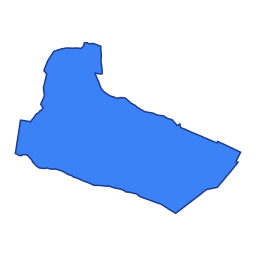 the district of Sanislau, Satu Mare, Romania
{"feature_id": "2599482B43386440731502", "entity_name": "Sanislau", "entity_type": "district", "adm_level": 2, "iso_a3": "ROU", "parent_name": "Romania", "parent_adm1": "Satu Mare", "projection": "mercator", "projection_center": [22.273, 47.65], "detail": "fine", "context": "isolated", "style": "filled", "palette": "blue", "viewbox_px": 256, "rotation_deg": 0, "n_neighbors": 0, "source": "geoboundaries", "source_scale": "gbopen_adm2", "svg_char_len": 5625}
<svg xmlns="http://www.w3.org/2000/svg" viewBox="0 0 256 256"><path d="M238.0,162.3L237.8,162.3L235.8,161.8L239.2,155.0L240.6,152.2L239.2,151.6L236.8,150.4L232.0,148.1L230.3,147.2L230.1,147.2L228.7,146.6L226.6,145.6L225.3,144.9L224.0,144.3L223.9,144.3L220.2,142.6L217.6,141.4L217.1,142.8L215.3,142.3L212.5,141.1L208.3,139.4L207.3,138.8L206.9,138.7L204.5,137.7L201.6,136.4L200.0,135.7L191.4,132.2L189.8,131.4L187.6,130.4L186.4,129.8L184.9,129.2L181.5,127.9L181.1,127.7L180.7,127.7L180.4,126.5L179.8,123.9L178.3,124.9L178.2,125.1L177.7,125.3L177.0,125.6L175.7,123.7L175.2,123.3L173.9,121.8L173.1,120.9L172.4,120.1L172.2,120.0L172.0,119.8L171.7,119.6L171.4,119.5L171.1,119.4L170.5,119.2L169.0,118.9L168.4,118.7L167.5,118.4L167.4,118.3L166.4,117.8L165.9,117.5L165.5,117.4L165.3,117.1L165.1,117.0L164.7,116.5L164.5,116.3L164.3,116.2L163.9,116.0L163.5,115.9L163.2,115.9L162.2,115.7L161.6,115.6L160.6,115.5L159.5,115.4L158.6,115.3L157.6,115.1L156.5,114.7L155.4,114.3L154.2,113.6L153.2,113.2L151.6,112.9L150.7,112.7L149.0,112.4L146.8,112.1L145.5,111.8L144.8,111.6L143.8,111.1L143.2,110.8L141.8,110.1L138.0,107.8L137.1,107.2L136.6,106.7L135.3,105.5L133.9,104.7L132.2,103.8L130.8,103.0L130.8,102.9L130.4,102.6L130.0,102.3L129.4,101.7L128.1,100.4L127.7,100.2L127.1,99.6L126.5,98.9L126.2,98.7L125.9,98.5L125.2,98.2L124.5,97.9L124.2,97.9L122.8,97.7L121.1,97.6L120.2,97.6L118.6,98.0L117.4,98.1L117.0,98.1L115.6,97.9L115.2,97.9L114.9,97.8L114.6,97.5L113.8,96.9L113.6,96.8L112.2,96.5L111.6,96.4L110.8,96.1L110.3,95.9L108.9,95.1L108.4,94.9L108.0,94.6L106.2,93.3L104.8,92.3L103.5,91.3L103.1,90.9L102.2,89.9L100.8,87.6L100.6,87.3L100.3,86.5L100.0,85.8L99.2,83.1L97.7,79.7L96.9,77.9L96.1,75.9L95.3,74.1L95.2,73.9L95.2,73.1L97.8,73.6L99.6,73.9L101.0,74.0L102.3,73.6L102.2,73.4L102.1,72.5L102.2,71.9L102.2,71.5L102.2,70.8L102.1,69.7L101.9,68.2L101.9,67.9L101.7,66.8L101.7,66.3L101.5,64.6L101.3,63.4L101.2,62.8L101.0,62.3L101.0,61.0L101.2,57.6L101.3,54.7L101.3,53.4L101.3,52.9L101.2,52.2L100.8,50.9L100.8,50.0L100.8,49.4L100.8,48.7L100.8,48.2L100.8,47.2L100.7,46.4L100.8,46.3L99.5,45.8L95.8,44.4L94.1,43.8L93.4,43.6L92.9,43.4L92.6,43.4L91.9,43.6L90.3,43.8L89.6,43.8L87.9,43.3L87.2,42.7L85.8,42.7L84.2,42.9L84.1,43.9L83.7,45.4L83.1,46.5L81.4,48.2L80.7,48.3L77.7,48.1L77.2,48.1L74.9,48.0L73.9,48.2L72.7,48.2L70.8,48.1L69.5,48.1L66.6,48.0L65.9,48.1L64.7,48.3L63.2,48.6L61.7,48.8L59.8,49.5L59.0,49.6L56.4,50.6L55.4,50.9L53.8,51.4L51.7,54.7L50.8,56.0L49.1,58.7L48.1,60.2L47.7,60.9L46.0,65.1L45.1,67.4L43.9,70.6L45.4,72.4L46.7,74.0L46.4,75.2L45.7,78.3L44.5,83.4L43.9,85.8L43.4,87.7L43.7,90.1L44.0,92.5L44.3,95.4L44.4,96.0L44.1,96.7L43.0,99.0L42.8,99.6L42.0,101.3L40.9,103.8L40.7,104.3L41.7,105.9L42.2,106.4L43.1,107.2L42.4,108.6L41.5,110.1L39.8,111.0L38.5,112.9L36.3,113.9L34.4,116.7L33.5,118.0L32.4,119.3L31.1,121.0L30.4,121.9L29.2,121.4L26.7,121.1L24.1,120.6L21.6,120.3L20.5,120.2L20.1,122.4L19.8,124.7L19.3,127.9L19.2,128.6L18.8,130.8L18.8,131.4L18.4,134.1L17.8,137.5L17.6,139.1L17.1,142.1L16.8,144.2L16.2,148.0L16.1,149.0L15.5,152.4L15.4,153.5L15.7,153.4L16.9,154.1L18.3,155.0L18.8,155.2L19.5,155.5L20.0,155.6L20.9,155.5L21.3,155.5L21.6,155.6L22.3,155.0L22.7,154.8L23.2,154.7L23.7,154.7L25.3,154.7L26.1,154.8L26.4,154.8L27.3,155.3L27.8,155.6L28.3,156.0L28.7,156.4L28.9,156.8L29.1,157.3L29.9,158.2L30.2,158.4L30.4,158.5L30.6,158.6L30.8,158.8L31.2,159.2L31.5,159.6L31.9,160.2L32.0,160.3L32.1,160.6L32.2,160.9L32.4,161.4L32.5,161.8L32.6,162.0L32.8,162.1L33.3,162.6L33.8,163.2L34.2,163.5L34.4,163.7L35.2,164.6L35.3,164.7L35.5,165.0L36.3,165.8L36.9,166.4L38.2,167.2L39.0,167.8L39.5,167.9L40.0,168.0L40.6,168.1L42.7,168.3L44.4,168.5L44.6,168.5L45.5,168.3L46.6,168.0L46.8,168.0L47.2,168.1L47.9,168.3L48.3,168.4L48.6,168.5L49.2,168.6L49.6,168.8L49.9,168.9L50.3,169.0L50.7,169.0L51.8,169.1L52.2,169.1L52.8,169.2L53.1,169.3L53.5,169.1L54.2,169.1L54.7,169.0L55.1,169.1L55.3,169.1L55.9,169.2L57.1,169.3L57.3,169.4L57.7,169.5L58.1,169.7L58.8,169.9L59.3,170.2L59.8,170.5L60.3,170.5L60.8,170.6L61.3,170.7L61.6,170.8L61.9,170.9L62.6,171.3L64.2,172.2L65.6,173.0L65.8,173.1L66.4,173.5L67.1,173.8L67.5,174.1L68.2,174.5L68.5,174.6L69.3,174.9L69.6,175.0L69.9,175.1L70.3,175.2L70.9,175.2L71.2,175.3L71.9,175.8L73.7,177.2L73.9,177.3L74.3,177.4L74.8,177.5L75.4,177.6L75.8,177.7L76.0,177.7L77.8,178.5L78.6,178.8L79.0,179.0L79.3,179.2L79.5,179.2L80.1,179.4L80.2,179.5L80.8,179.8L81.1,179.9L82.0,180.4L82.3,180.6L82.7,180.7L83.9,181.1L84.3,181.2L85.4,181.7L86.6,182.1L87.9,182.5L88.8,183.0L89.0,183.0L89.7,183.3L89.9,183.4L90.3,183.6L91.3,184.1L92.8,184.8L94.2,185.3L94.4,185.4L94.5,185.4L95.9,185.3L96.5,185.4L97.6,185.4L99.5,185.4L101.0,185.6L102.1,185.7L102.4,185.7L103.8,185.9L104.7,185.9L105.6,186.1L106.5,186.1L107.1,186.2L108.4,186.1L109.0,186.1L110.0,186.4L110.8,186.7L111.3,186.9L112.1,187.2L112.7,187.4L113.5,187.7L114.0,187.8L116.3,188.3L116.9,188.4L118.1,188.6L118.7,188.7L122.0,189.5L122.4,189.7L123.2,190.2L123.9,190.5L125.1,191.4L125.9,191.9L126.6,192.0L128.3,192.1L130.6,192.5L133.9,193.3L134.0,193.3L134.8,193.5L136.6,194.0L137.0,194.2L137.4,194.4L137.7,194.8L138.6,195.5L138.8,195.8L139.7,196.4L139.8,196.5L141.5,197.3L142.6,197.6L143.9,198.1L145.3,198.6L147.2,199.2L148.1,199.6L149.4,200.0L150.6,200.5L155.5,202.3L157.4,203.0L159.5,203.6L160.0,203.8L160.6,204.0L161.1,204.2L161.7,204.5L163.5,205.7L164.2,206.1L165.1,206.7L165.7,207.1L167.4,208.2L168.4,208.9L169.4,209.5L171.7,210.9L175.7,213.3L180.4,209.7L182.4,208.2L188.0,203.9L195.4,198.2L199.5,195.1L204.5,191.0L205.7,190.2L207.0,189.4L215.8,187.7L217.0,187.4L217.6,187.1L219.1,185.2L223.8,179.7L226.3,176.6L230.8,171.3L233.9,167.4L238.0,162.3Z" fill="#3b82f6" stroke="#1e3a8a" stroke-width="1.5"/></svg>